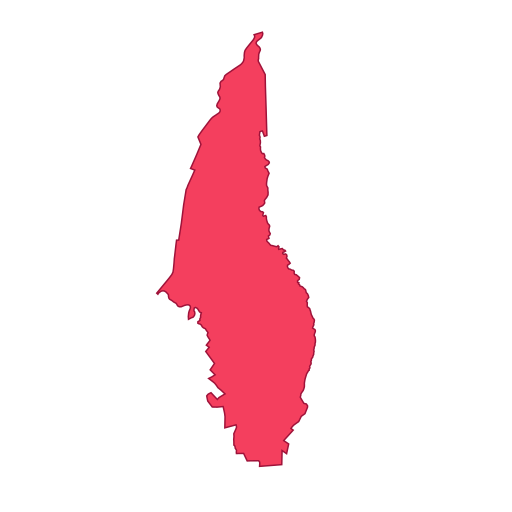 the district of Langata, Nairobi, Kenya, rotated 242°
{"feature_id": "3690345B52672237617144", "entity_name": "Langata", "entity_type": "district", "adm_level": 2, "iso_a3": "KEN", "parent_name": "Kenya", "parent_adm1": "Nairobi", "projection": "robinson", "projection_center": [36.812, -1.368], "detail": "fine", "context": "isolated", "style": "filled", "palette": "rose", "viewbox_px": 512, "rotation_deg": 242, "n_neighbors": 0, "source": "geoboundaries", "source_scale": "gbopen_adm2", "svg_char_len": 5944}
<svg xmlns="http://www.w3.org/2000/svg" viewBox="0 0 512 512"><g transform="rotate(242 256 256)"><path d="M79.2,152.0L77.9,154.7L74.0,162.2L72.5,162.5L71.2,162.0L68.6,160.4L63.0,173.2L59.7,180.8L72.0,187.7L67.1,190.2L74.7,196.6L80.0,193.8L80.6,195.4L84.8,207.1L87.3,205.9L87.9,207.0L88.9,209.6L89.1,210.8L89.3,212.2L89.8,216.0L93.2,220.7L93.6,223.7L93.8,225.2L98.3,230.5L99.5,231.2L101.7,231.0L103.4,229.1L109.2,228.8L110.6,228.8L111.8,230.0L113.2,230.9L114.1,232.5L115.1,234.5L116.2,235.8L117.8,237.3L119.4,238.2L121.0,239.0L122.6,240.2L124.0,241.3L125.3,242.5L126.4,243.6L127.5,244.7L128.3,245.5L129.0,246.8L130.0,248.3L130.2,249.4L131.2,249.8L131.9,251.1L133.3,251.5L134.0,252.4L134.5,253.5L135.6,254.5L136.9,254.7L137.7,255.8L139.2,256.7L139.9,258.4L141.1,259.5L142.0,260.7L143.4,261.5L144.7,262.6L146.0,262.8L146.8,263.7L148.2,264.6L149.6,266.3L151.0,267.0L152.0,268.0L153.6,268.9L155.0,269.5L156.2,269.9L157.2,270.1L158.2,269.9L159.3,270.6L160.1,271.4L161.3,272.8L162.3,273.4L163.4,273.5L164.7,272.7L165.8,272.1L166.6,272.8L168.1,274.8L169.2,275.1L170.3,276.3L172.0,277.5L173.6,277.5L174.7,277.1L176.1,277.3L177.8,277.3L179.4,277.6L180.8,278.0L181.9,278.3L183.0,278.4L184.1,278.7L185.8,278.2L186.9,277.5L187.9,277.8L189.2,278.5L190.7,279.4L192.3,279.3L193.8,281.2L194.6,283.1L196.5,283.6L198.5,283.7L199.9,283.2L201.1,283.4L202.1,283.7L203.2,283.9L204.4,283.2L205.8,282.9L207.1,282.4L208.2,281.4L209.1,280.7L210.2,281.0L211.2,280.4L212.3,281.3L213.1,280.3L214.7,281.1L215.1,283.2L216.4,284.3L217.8,283.9L219.2,283.3L220.5,282.8L221.6,281.5L222.9,281.6L224.6,282.6L225.9,282.2L226.8,280.9L228.2,280.1L229.4,278.7L231.0,278.6L232.0,278.8L233.1,279.5L233.2,281.1L233.6,282.8L235.3,282.7L236.9,282.3L238.3,282.2L239.8,281.8L241.3,283.3L242.9,283.6L244.0,283.0L244.4,281.3L245.6,280.7L246.6,281.4L246.4,282.7L246.5,284.4L247.6,284.2L248.5,283.1L250.3,282.7L251.2,279.2L252.2,279.5L253.2,280.6L254.7,280.3L254.4,278.9L255.0,278.0L257.8,275.0L258.5,274.0L259.7,273.7L261.4,273.4L263.1,272.8L264.3,272.6L265.6,273.2L265.4,275.7L266.7,276.0L267.9,276.4L268.1,278.1L269.1,279.1L271.4,279.1L272.8,279.5L274.2,280.5L275.9,282.1L277.1,282.3L278.2,281.9L279.9,281.7L282.5,282.2L284.1,282.7L285.8,283.6L287.2,283.6L287.4,282.4L287.6,281.2L288.7,281.0L289.7,281.9L290.9,283.0L292.0,282.5L293.0,281.1L294.8,280.5L296.3,280.7L297.7,281.7L297.5,283.4L297.4,285.6L298.1,287.5L298.7,288.6L299.8,289.0L300.9,289.3L301.7,290.5L302.7,292.9L304.3,295.3L306.6,296.6L308.7,297.4L310.5,298.4L311.9,298.4L313.1,298.4L314.5,299.0L315.8,299.8L317.2,300.8L319.0,302.1L320.9,304.0L322.9,306.4L324.2,306.4L325.7,306.4L327.4,306.7L329.4,305.5L330.8,305.8L331.0,307.2L331.1,309.7L332.0,311.5L333.2,311.8L334.8,311.2L335.8,310.3L337.9,309.7L339.2,309.8L340.0,310.7L341.2,311.0L342.8,311.0L343.4,309.7L344.7,309.4L346.6,309.5L347.6,309.8L348.9,310.4L350.2,311.2L351.5,311.1L352.4,311.8L353.8,313.0L354.8,313.5L356.1,314.1L357.6,314.2L358.5,315.1L359.8,315.6L361.1,315.7L362.4,316.7L363.9,317.7L363.8,319.2L363.3,320.4L357.8,319.6L357.3,322.2L360.6,323.8L382.4,334.6L401.3,343.9L411.9,349.3L423.8,349.4L426.6,349.4L427.9,349.9L429.1,351.0L430.3,351.6L431.6,352.4L432.8,353.1L434.1,354.4L435.6,356.3L436.5,356.9L437.9,357.1L439.3,356.9L440.5,356.4L442.2,355.9L443.7,355.9L444.6,356.6L445.2,357.7L445.6,359.5L445.8,361.0L446.3,363.3L447.9,365.4L449.2,366.4L450.6,366.7L452.3,358.2L450.9,358.1L449.8,357.5L448.9,356.3L448.1,355.0L447.3,353.1L445.9,349.7L443.9,345.1L442.7,342.9L441.3,341.5L440.0,340.6L438.6,339.7L436.6,338.7L434.5,337.0L433.6,336.0L432.5,333.6L432.1,331.9L431.8,328.9L431.6,326.8L431.4,324.7L430.3,315.1L429.8,313.1L428.2,311.3L427.1,310.2L426.7,308.5L426.6,307.1L425.5,305.4L424.3,304.9L423.2,304.4L422.1,303.9L421.3,303.1L420.4,302.2L419.7,301.0L419.2,300.0L418.4,299.1L417.2,298.7L416.1,298.6L414.9,298.6L413.2,298.7L411.8,298.1L410.6,296.6L408.5,293.2L407.1,291.9L405.9,291.7L404.8,292.1L403.7,292.7L402.6,293.1L401.5,292.8L400.5,292.1L399.9,291.1L399.6,289.8L399.5,288.5L399.3,286.8L399.1,284.6L398.9,282.9L398.3,280.9L397.4,278.8L392.0,267.2L389.8,262.8L388.4,260.6L380.4,259.8L373.5,251.4L370.8,248.0L365.2,240.9L364.0,239.3L360.6,242.3L356.9,237.6L350.3,229.0L349.2,227.8L348.5,227.0L347.3,225.4L345.7,224.2L335.2,216.2L320.0,205.5L306.3,195.2L307.3,193.3L305.6,192.1L304.2,191.1L294.5,184.4L292.1,182.7L288.1,180.2L283.4,177.1L280.7,175.1L279.1,172.9L277.3,169.0L276.2,166.4L269.8,150.9L268.3,151.4L269.0,152.6L269.5,155.5L269.1,157.1L268.3,158.5L266.8,159.5L264.4,160.2L263.0,160.5L261.5,159.8L259.9,159.3L258.5,159.4L257.0,160.3L255.8,161.0L254.1,161.7L252.9,162.5L251.8,163.2L250.6,163.4L249.2,163.4L248.1,163.7L247.1,164.6L246.3,166.1L245.9,169.9L245.3,172.1L244.6,173.4L243.7,174.1L242.5,174.4L241.4,174.0L240.5,173.3L238.7,171.1L237.3,169.8L234.3,167.8L231.8,166.7L231.8,168.2L231.8,170.0L231.5,171.6L231.9,172.7L232.5,173.8L233.7,174.9L235.4,175.6L236.8,175.5L237.7,176.0L239.1,177.1L239.0,178.4L237.7,179.4L236.1,179.8L234.9,179.8L233.6,179.9L232.5,180.2L231.6,181.1L230.4,180.0L229.1,178.9L227.9,178.4L226.7,176.8L225.4,176.2L225.3,173.9L224.0,173.1L223.0,173.7L222.1,174.7L220.7,175.3L218.8,175.3L217.4,175.8L216.5,176.4L215.5,177.2L214.3,177.2L213.1,177.3L211.8,177.6L210.8,177.6L210.1,176.7L209.1,175.7L207.7,175.6L205.8,175.7L204.1,175.9L203.1,175.8L200.6,170.3L197.4,171.8L195.3,166.8L185.6,168.2L180.6,168.9L177.0,162.1L170.3,164.1L170.0,160.2L170.1,156.7L164.6,159.2L163.1,159.8L160.4,160.3L157.6,160.6L154.3,162.0L148.8,163.9L148.4,156.9L147.5,154.5L156.4,152.1L156.5,150.0L156.4,148.6L155.6,146.8L152.4,145.8L150.5,145.3L143.2,146.5L140.8,150.8L138.5,156.3L137.0,155.9L132.7,154.7L131.2,154.2L128.6,153.2L118.9,147.8L116.3,159.1L114.9,158.8L113.8,158.3L112.9,157.3L111.0,154.9L109.5,153.0L108.5,152.5L107.3,152.0L106.0,151.2L104.5,150.2L102.9,149.5L101.1,148.6L99.4,147.7L98.4,148.1L97.2,147.9L96.1,147.4L94.2,147.6L93.2,147.4L92.2,146.6L90.8,146.0L87.5,152.4L79.2,152.0Z" fill="#f43f5e" stroke="#9f1239" stroke-width="1.5"/></g></svg>